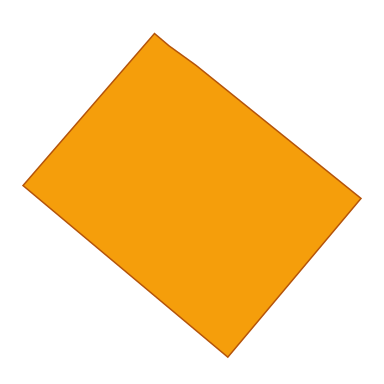 outline of Upton, Texas, United States of America, rotated 130°
{"feature_id": "52423323B39686210449423", "entity_name": "Upton", "entity_type": "district", "adm_level": 2, "iso_a3": "USA", "parent_name": "United States of America", "parent_adm1": "Texas", "projection": "natural_earth1", "projection_center": [-102.169, 31.366], "detail": "fine", "context": "isolated", "style": "filled", "palette": "amber", "viewbox_px": 384, "rotation_deg": 130, "n_neighbors": 0, "source": "geoboundaries", "source_scale": "gbopen_adm2", "svg_char_len": 259}
<svg xmlns="http://www.w3.org/2000/svg" viewBox="0 0 384 384"><g transform="rotate(130 192 192)"><path d="M100.1,58.4L88.3,58.4L92.4,270.3L94.8,303.4L94.7,322.6L295.7,325.6L295.5,58.4L100.1,58.4Z" fill="#f59e0b" stroke="#b45309" stroke-width="1.5"/></g></svg>